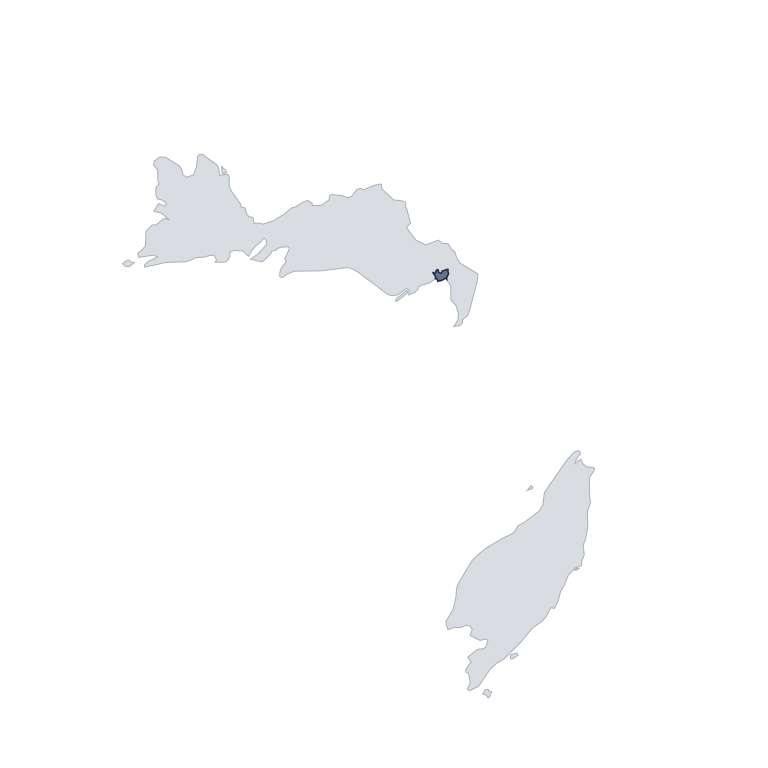 Pusa, Sarawak, Malaysia (highlighted), rotated 234°
{"feature_id": "92858781B40387139442699", "entity_name": "Pusa", "entity_type": "district", "adm_level": 2, "iso_a3": "MYS", "parent_name": "Malaysia", "parent_adm1": "Sarawak", "projection": "equal_earth", "projection_center": [111.164, 1.539], "detail": "fine", "context": "in_parent", "style": "filled", "palette": "slate", "viewbox_px": 768, "rotation_deg": 234, "n_neighbors": 0, "source": "geoboundaries", "source_scale": "gbopen_adm2", "svg_char_len": 4799}
<svg xmlns="http://www.w3.org/2000/svg" viewBox="0 0 768 768"><g transform="rotate(234 384 384)"><path d="M645.5,381.1L641.5,380.1L635.9,375.5L630.2,373.9L613.7,373.8L611.3,372.4L608.1,375.1L602.3,372.8L599.1,373.1L595.4,375.9L590.3,373.4L587.7,377.5L584.4,380.1L580.9,391.1L580.1,404.4L580.8,412.5L579.2,417.0L578.5,426.3L577.3,430.4L572.6,432.2L570.6,430.8L566.4,436.5L565.4,438.8L565.2,447.8L568.5,450.7L568.4,452.6L561.7,460.1L555.8,464.4L554.9,468.3L557.2,476.2L556.2,479.9L553.1,481.8L550.8,492.0L548.0,498.5L547.0,499.1L542.9,497.0L527.3,499.9L522.7,505.2L518.3,508.5L514.7,505.4L513.0,505.6L498.4,499.9L497.8,495.0L496.3,494.1L481.3,494.5L471.9,499.7L468.5,512.5L463.5,513.9L459.8,518.3L453.3,517.8L449.3,519.0L442.9,516.9L437.0,516.6L417.7,524.8L411.6,518.9L392.9,496.1L390.3,492.1L389.7,485.0L387.6,483.7L386.9,481.9L386.6,479.8L389.5,474.1L392.4,481.5L397.1,485.6L405.1,488.4L412.7,487.5L423.2,495.0L426.7,496.1L430.3,495.6L436.9,501.4L440.9,501.6L435.6,497.6L434.6,494.5L435.2,491.2L438.7,486.7L439.2,479.6L441.8,472.6L442.3,469.3L440.4,466.7L440.0,462.4L441.5,456.4L445.0,459.5L448.0,458.8L448.0,447.8L450.2,443.1L453.8,439.8L489.7,428.8L495.6,426.2L499.6,423.0L512.5,399.7L527.9,377.9L529.9,370.2L529.8,364.8L530.7,363.5L532.4,362.8L535.7,365.6L537.5,367.7L540.7,377.1L543.7,377.4L548.8,386.4L549.9,387.4L551.4,386.9L555.3,381.2L556.4,376.9L555.6,376.3L557.4,371.4L555.8,368.4L554.3,357.3L563.3,349.5L563.4,358.5L566.0,371.5L570.5,373.4L572.8,372.6L571.5,368.7L571.1,361.0L569.8,355.9L567.0,349.4L574.6,348.0L580.3,341.0L581.2,336.7L577.5,334.1L576.0,330.8L575.9,327.2L581.9,318.9L582.5,321.3L586.3,322.0L588.1,321.9L590.6,318.5L592.0,313.7L596.5,306.8L599.0,296.1L610.4,279.2L619.3,258.9L621.2,260.5L621.7,265.9L619.8,275.5L623.8,273.2L630.7,259.8L634.7,261.9L634.5,265.7L636.1,272.4L647.4,281.2L649.0,290.0L646.5,293.2L647.4,301.7L646.6,304.3L642.9,306.8L653.0,304.3L659.0,299.4L662.6,307.7L656.8,311.0L658.1,314.5L663.6,312.4L666.9,309.5L670.3,310.2L675.5,313.5L677.1,315.4L678.1,319.4L681.9,320.9L689.8,326.5L696.9,326.4L699.4,329.2L699.3,336.5L695.5,340.7L680.7,346.7L676.8,346.5L671.4,344.3L667.5,345.6L665.1,352.5L669.6,359.5L677.3,366.7L678.3,368.5L676.8,372.0L659.4,377.6L655.8,377.1L649.4,373.6L645.5,381.1ZM83.8,282.6L85.7,272.7L88.5,272.2L91.1,277.9L100.2,282.3L103.0,280.9L104.2,281.8L105.5,283.3L108.0,291.1L113.8,291.2L114.4,303.6L111.7,308.4L111.3,311.7L115.6,317.5L118.0,316.1L120.2,310.9L129.9,305.7L133.8,311.3L137.4,311.3L140.1,309.3L142.1,302.6L146.0,297.6L147.5,291.3L153.0,292.9L155.2,294.3L161.3,307.7L169.5,317.1L175.7,322.3L179.3,327.4L189.5,351.6L190.7,359.4L191.1,371.4L189.5,389.5L187.6,398.5L187.9,402.8L190.5,409.3L189.7,415.5L190.0,434.8L193.1,441.7L202.0,450.1L215.0,487.4L217.2,497.9L216.0,501.9L213.6,502.9L211.6,500.9L210.4,495.8L207.3,491.7L207.7,499.0L202.0,498.1L198.1,499.2L193.4,504.3L191.2,504.5L187.2,495.0L172.4,484.4L166.9,481.6L161.2,473.5L148.2,464.5L140.0,455.8L136.5,450.4L128.1,445.6L124.4,440.0L120.9,436.9L122.8,431.4L121.1,420.9L115.1,411.4L112.2,404.8L106.7,398.2L102.3,390.0L104.9,387.5L100.6,378.7L99.2,372.3L99.2,360.2L94.8,343.2L91.0,319.6L91.8,311.4L90.9,302.4L83.8,282.6ZM631.1,251.2L629.1,253.5L628.6,247.2L631.2,243.9L635.0,243.2L635.1,248.9L634.2,250.4L631.1,251.2ZM75.1,281.6L77.3,286.2L75.6,288.9L74.2,288.2L71.7,290.3L68.9,285.8L68.6,283.6L71.9,284.0L75.1,281.6ZM446.2,457.3L445.2,457.9L443.7,456.3L443.4,443.1L444.4,442.0L445.9,444.5L446.2,457.3ZM90.6,327.3L88.1,333.5L85.8,332.8L86.2,325.7L87.6,324.8L90.6,327.3ZM655.5,380.4L651.0,381.2L647.9,381.2L648.3,377.6L649.8,377.1L655.5,380.4ZM215.2,443.5L212.8,443.7L212.2,442.0L214.0,437.5L215.2,443.5ZM121.6,432.4L120.0,433.2L120.2,430.5L121.4,429.0L121.6,432.4Z" fill="#d9dde1" stroke="#a8b0b8" stroke-width="1"/><path d="M437.4,501.8L437.8,502.0L438.0,502.3L438.3,502.5L438.6,502.8L439.2,503.1L439.5,502.8L439.7,502.2L439.8,501.2L439.9,500.6L440.1,500.1L440.4,499.5L440.7,499.0L440.9,498.5L441.2,497.6L440.7,496.8L440.6,496.6L440.4,496.4L440.2,496.2L440.0,495.8L439.9,495.6L440.3,495.2L440.8,494.6L441.4,494.4L442.5,494.0L443.5,494.2L444.4,494.9L444.9,494.8L445.1,494.4L445.2,494.0L445.2,493.4L445.2,493.0L445.0,492.7L444.8,492.5L444.5,492.2L444.3,491.8L444.2,491.8L444.0,491.7L443.7,491.3L443.6,491.0L443.7,490.5L443.8,490.2L444.2,489.8L444.6,489.6L445.6,489.2L446.0,489.1L440.4,488.8L439.3,487.6L439.1,487.7L438.8,487.8L438.7,488.2L438.4,488.6L437.7,488.6L436.4,488.5L436.4,488.2L435.3,487.9L434.8,490.2L434.4,490.3L434.2,490.7L434.1,491.0L434.0,491.5L433.9,492.1L433.6,493.2L433.5,494.5L433.5,495.3L433.5,495.8L433.3,496.1L432.9,496.2L432.0,496.3L432.6,496.7L432.9,497.0L433.3,497.4L433.6,497.7L434.3,499.5L435.2,500.8L435.6,501.3L436.0,501.4L436.3,501.5L436.5,501.6L437.0,501.7L437.2,501.8L437.4,501.8Z" fill="#64748b" stroke="#1e293b" stroke-width="1.5"/></g></svg>